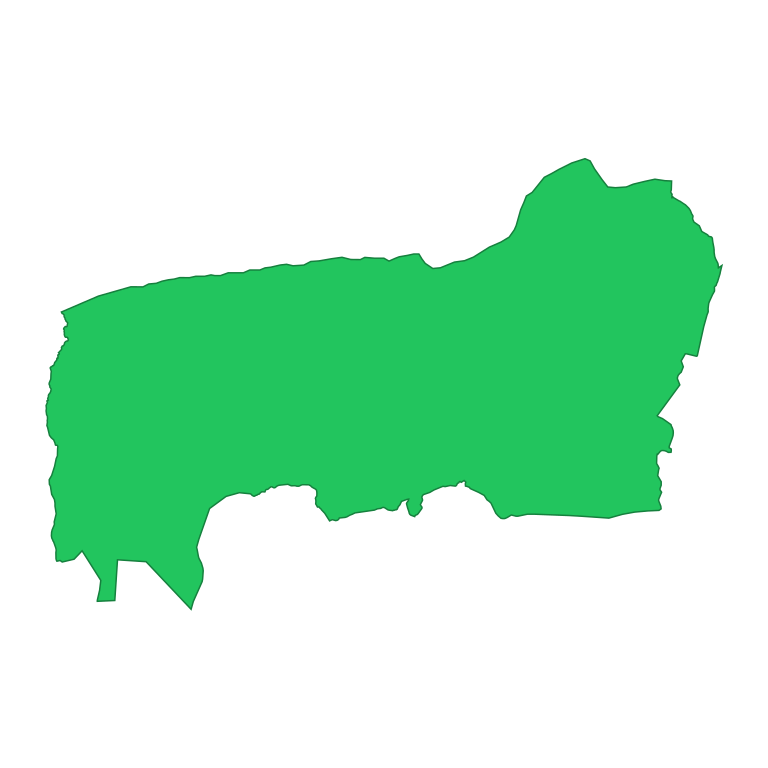 Achiase, Eastern, Ghana (Robinson projection)
{"feature_id": "2480657B77450065295387", "entity_name": "Achiase", "entity_type": "district", "adm_level": 2, "iso_a3": "GHA", "parent_name": "Ghana", "parent_adm1": "Eastern", "projection": "robinson", "projection_center": [-1.045, 5.794], "detail": "fine", "context": "isolated", "style": "filled", "palette": "green", "viewbox_px": 768, "rotation_deg": 0, "n_neighbors": 0, "source": "geoboundaries", "source_scale": "gbopen_adm2", "svg_char_len": 5990}
<svg xmlns="http://www.w3.org/2000/svg" viewBox="0 0 768 768"><path d="M661.6,492.2L660.1,490.0L659.9,488.9L661.2,485.2L661.2,481.7L657.7,475.7L658.6,469.9L659.1,468.2L657.9,465.7L656.8,463.9L656.6,463.2L656.8,455.8L657.3,454.1L657.8,454.3L660.4,451.2L661.9,450.5L664.2,450.6L666.2,451.2L668.3,452.4L671.0,452.3L671.3,450.8L671.2,449.0L669.2,447.8L669.2,446.4L672.1,438.5L673.0,435.7L673.3,432.9L673.2,430.8L672.4,428.1L671.2,425.6L671.0,424.6L662.5,418.6L657.9,416.6L657.2,415.7L679.8,384.9L677.4,378.8L677.4,377.7L678.1,375.4L679.7,373.5L681.2,372.2L683.3,366.8L681.2,360.9L685.3,353.8L686.9,353.9L696.3,356.2L696.8,356.2L697.3,355.7L703.8,326.4L707.1,314.6L707.9,312.7L708.2,311.7L708.1,308.4L708.7,303.5L709.2,302.0L712.5,294.7L714.3,291.5L714.5,291.0L714.5,289.1L714.4,287.3L714.6,286.7L716.1,285.4L716.8,283.2L717.5,281.9L720.0,273.8L720.4,271.7L721.9,265.5L718.4,267.8L718.1,264.4L717.8,263.2L715.5,258.7L714.7,256.4L714.1,252.2L714.1,249.8L713.8,247.3L712.8,242.1L712.3,238.1L711.5,237.0L708.5,236.2L707.7,234.9L701.8,231.5L699.3,225.8L694.0,222.1L692.8,219.5L692.6,218.5L693.0,216.2L692.8,215.6L691.7,213.9L690.4,210.6L688.9,208.3L685.5,204.9L683.0,203.3L680.1,201.3L678.7,200.7L673.3,197.5L673.0,197.0L672.5,197.1L672.0,197.7L671.8,197.3L672.2,196.2L671.7,195.2L672.1,194.3L670.9,192.5L670.7,191.9L671.3,189.9L671.6,181.0L665.0,180.7L654.9,179.2L644.7,181.4L633.2,184.2L626.2,187.0L615.4,187.7L607.8,187.0L602.1,179.7L594.5,168.9L590.1,160.9L585.0,158.7L571.7,163.0L558.9,169.4L551.3,173.7L544.3,177.3L532.2,192.4L526.4,196.0L523.9,202.5L520.7,209.7L516.2,225.6L514.3,229.9L509.2,237.1L500.9,242.1L489.4,247.1L473.5,257.1L464.6,260.7L454.4,262.1L440.4,267.8L432.8,268.5L425.2,263.4L422.0,259.1L418.9,254.0L413.8,254.0L407.4,255.4L399.2,256.8L395.3,258.3L389.0,261.1L383.9,258.2L374.4,258.2L364.8,257.4L360.4,259.6L350.8,259.5L342.0,257.3L331.8,258.7L319.1,260.9L310.8,261.5L303.8,265.1L293.0,265.8L286.6,264.3L280.3,265.0L270.8,267.2L265.0,267.9L259.9,270.0L249.8,270.0L243.4,272.8L228.2,272.8L220.5,275.6L214.8,275.6L211.0,274.9L204.6,276.3L195.7,276.3L189.4,277.7L179.8,277.6L174.1,279.1L168.4,279.8L162.0,281.2L156.3,283.3L148.7,284.0L143.0,286.9L130.9,286.8L98.4,296.1L61.4,312.0L62.1,313.5L63.1,313.9L64.0,314.8L64.1,315.3L64.1,316.4L64.3,317.1L65.0,318.1L65.1,319.2L65.8,320.3L65.9,321.0L67.7,322.8L67.0,326.5L66.7,326.7L65.3,326.5L63.8,328.2L63.6,329.0L64.1,329.6L64.3,330.2L64.1,331.8L64.3,332.0L64.4,332.8L64.3,334.6L64.7,336.0L65.1,336.8L65.5,337.2L67.1,337.3L67.5,337.5L68.2,339.2L68.2,340.1L68.0,340.6L67.5,341.0L66.4,341.1L65.3,341.9L64.5,343.0L64.3,344.5L63.1,345.9L62.3,346.0L61.4,347.6L61.7,348.9L61.5,349.5L58.5,352.7L59.2,353.4L59.3,353.7L59.1,354.2L57.8,355.1L58.1,356.8L57.8,357.4L57.9,358.2L57.6,358.5L56.9,358.4L56.7,360.1L54.7,362.5L54.2,364.2L53.7,365.3L53.2,365.7L52.7,365.7L51.3,366.9L50.9,366.9L50.3,367.6L50.2,368.0L51.3,371.3L51.0,373.8L50.8,379.2L49.3,382.7L49.1,383.9L49.2,384.5L49.8,385.8L49.9,387.2L50.8,388.4L51.1,389.0L51.1,389.4L50.7,391.5L49.9,393.1L48.8,394.4L48.4,395.3L48.4,397.0L47.7,398.3L48.3,400.2L48.1,400.4L47.6,400.2L46.9,401.0L47.4,402.1L47.2,403.0L46.1,405.5L46.4,408.5L46.1,410.9L46.6,414.8L47.2,415.7L47.4,416.6L47.5,418.7L47.2,420.8L47.4,422.0L46.9,425.6L47.6,427.4L49.5,435.4L51.3,437.8L53.7,439.9L55.0,443.1L55.4,444.9L55.9,445.3L56.9,445.2L57.3,445.4L57.8,446.3L57.8,447.2L57.6,448.6L57.4,455.9L56.2,458.6L54.6,466.3L51.7,475.4L49.2,479.7L49.4,484.3L50.4,486.1L51.7,494.4L54.4,499.4L55.0,503.0L55.0,506.2L56.2,513.8L54.2,521.9L54.4,523.9L54.3,524.8L52.2,529.8L51.6,532.2L51.4,535.8L51.8,538.1L52.5,539.5L53.2,541.3L53.6,541.7L55.8,548.0L56.2,550.0L55.9,552.6L56.0,558.7L56.4,560.3L56.9,561.2L60.1,560.5L62.2,562.0L74.1,559.2L82.1,550.8L100.8,580.4L99.6,590.3L97.3,600.3L97.3,601.3L114.8,600.5L117.5,559.8L146.1,561.7L191.1,609.3L193.3,601.5L202.1,581.7L202.6,579.2L202.8,576.6L203.2,570.8L202.9,568.2L201.4,563.1L198.9,558.2L198.4,556.4L197.2,549.9L196.6,547.2L198.8,539.4L209.6,508.5L226.1,496.4L239.3,492.7L250.4,493.8L251.0,494.2L252.2,495.4L253.7,496.2L254.5,496.2L256.0,495.3L256.8,495.2L258.1,494.3L259.2,494.1L260.4,492.8L261.7,491.8L264.9,491.9L265.7,490.0L266.4,489.4L267.5,489.4L268.4,488.9L269.3,488.0L270.8,486.9L272.0,486.8L273.5,487.7L274.5,487.8L275.3,487.5L276.7,486.3L277.9,485.6L279.3,485.2L287.9,484.3L291.2,485.8L295.1,485.7L297.0,486.2L298.9,486.2L301.6,484.9L302.5,484.7L308.7,484.8L310.5,485.7L311.8,487.0L313.1,487.8L315.5,489.1L316.4,490.0L316.8,491.7L316.9,493.7L316.8,496.1L316.1,496.9L315.4,498.3L315.8,499.9L315.9,501.6L315.7,503.9L316.9,505.9L317.2,506.7L317.7,507.1L318.9,506.9L319.7,507.9L321.1,509.1L321.4,509.7L324.7,513.2L329.6,520.9L331.7,519.9L332.5,519.7L335.6,520.6L336.9,520.4L337.8,520.0L338.8,519.1L339.3,518.0L345.2,517.4L347.0,516.8L349.8,515.2L352.4,514.2L355.0,512.9L374.4,510.1L377.5,508.8L380.7,508.4L382.5,507.5L383.4,507.4L384.4,507.6L388.0,509.9L389.3,510.2L392.8,510.7L393.0,510.5L393.7,510.2L394.6,510.2L395.6,509.7L396.5,509.7L397.2,509.2L398.4,506.4L399.4,505.5L400.0,504.6L401.5,501.4L407.0,499.4L408.7,499.1L408.2,500.8L406.8,502.8L406.5,503.7L407.6,507.9L408.8,511.4L409.3,513.4L409.9,514.4L410.9,515.2L414.7,516.6L415.1,515.6L415.6,515.2L417.1,514.6L418.1,513.7L421.9,508.4L422.0,507.2L420.6,505.2L420.4,504.5L422.5,500.4L422.5,499.6L421.9,497.4L421.9,496.8L422.4,495.8L423.4,494.6L429.8,492.4L434.1,489.9L442.9,486.3L445.2,486.6L450.2,485.5L455.3,486.1L455.9,485.9L456.6,485.2L457.2,483.8L457.8,483.2L458.8,482.8L459.4,481.6L460.1,481.5L461.0,482.2L461.3,482.3L464.1,480.5L465.8,482.1L465.3,483.8L465.5,486.1L467.0,486.4L469.3,487.3L470.3,488.6L478.7,492.4L484.2,495.4L487.0,499.8L489.2,501.4L491.0,503.1L495.8,513.2L498.2,515.9L501.0,518.3L502.9,518.6L504.3,518.6L505.5,518.3L507.4,517.4L511.3,515.0L516.1,516.2L517.8,516.2L527.4,514.2L529.9,514.2L534.7,514.2L569.0,515.5L581.1,516.2L608.9,518.1L622.5,514.3L634.6,512.1L648.0,510.9L659.0,510.4L661.1,508.9L660.8,506.2L658.7,500.9L658.7,499.2L661.6,492.2Z" fill="#22c55e" stroke="#15803d" stroke-width="1.5"/></svg>